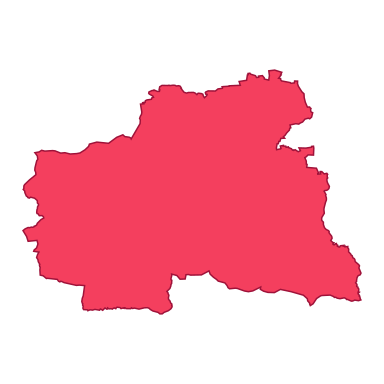 outline of Cahir Lea-4, South Tipperary, Ireland
{"feature_id": "5873133B92286849050160", "entity_name": "Cahir Lea-4", "entity_type": "district", "adm_level": 2, "iso_a3": "IRL", "parent_name": "Ireland", "parent_adm1": "South Tipperary", "projection": "equal_earth", "projection_center": [-7.943, 52.328], "detail": "fine", "context": "isolated", "style": "filled", "palette": "rose", "viewbox_px": 384, "rotation_deg": 0, "n_neighbors": 0, "source": "geoboundaries", "source_scale": "gbopen_adm2", "svg_char_len": 5919}
<svg xmlns="http://www.w3.org/2000/svg" viewBox="0 0 384 384"><path d="M34.9,152.7L37.3,155.9L37.8,159.3L36.7,160.8L35.0,167.7L34.8,170.2L35.7,172.3L35.9,174.7L29.5,179.9L24.6,184.6L23.9,185.9L23.8,188.6L23.2,189.4L24.7,191.0L24.9,192.7L26.3,196.0L27.6,196.9L27.9,197.6L29.3,198.1L30.7,197.2L34.6,198.2L37.3,200.6L37.4,203.0L38.4,204.0L38.5,205.1L37.5,206.9L37.4,208.8L37.0,209.5L36.7,212.3L37.0,213.5L37.9,213.7L39.3,215.7L42.1,215.6L43.4,216.7L43.8,218.0L41.1,219.5L37.3,223.3L36.6,225.1L34.8,226.2L34.3,226.1L34.0,226.8L32.6,227.3L31.4,227.1L29.4,227.7L28.1,227.5L25.1,228.9L23.0,230.6L26.6,236.5L28.1,241.3L37.0,240.4L37.9,243.8L37.6,245.0L36.5,248.0L34.2,249.9L33.7,251.3L38.9,252.1L37.5,254.7L36.6,257.6L37.9,259.5L38.3,261.8L39.8,264.3L39.4,264.9L39.8,266.8L40.2,267.2L39.9,269.8L40.2,275.1L43.2,275.8L46.4,278.5L47.5,278.3L57.3,279.4L58.5,281.2L59.9,281.9L60.6,281.3L61.8,281.5L64.0,282.6L76.5,285.4L79.2,285.1L84.6,285.6L83.2,295.9L82.3,298.2L81.8,301.4L82.2,303.1L82.7,303.5L82.6,305.2L83.2,306.1L82.9,308.2L83.6,309.6L87.1,309.8L87.7,310.0L87.9,310.7L90.0,309.8L92.6,310.1L94.9,309.4L99.6,310.2L100.1,309.2L100.6,309.0L102.7,310.3L105.0,308.0L106.6,309.1L107.2,309.1L107.6,307.9L108.9,308.9L111.0,308.7L112.4,309.1L113.3,308.3L114.4,308.0L115.8,308.7L116.4,307.6L117.1,307.2L120.1,307.6L121.0,308.6L123.0,308.0L124.8,308.6L124.0,307.8L124.4,307.7L125.3,307.9L126.0,308.6L130.4,308.7L130.9,308.6L131.4,307.8L132.6,308.5L134.4,308.1L139.0,309.1L144.5,307.8L147.5,307.7L149.2,308.3L150.2,309.4L152.9,311.0L158.1,312.4L159.9,313.9L162.4,313.8L164.0,312.4L168.4,310.7L171.0,308.7L172.0,307.0L172.1,305.9L171.7,305.6L171.9,304.1L170.7,303.0L169.9,300.8L168.6,299.4L168.4,297.9L168.9,295.2L168.1,293.7L168.0,292.8L166.9,291.4L169.9,288.5L170.9,285.8L170.9,284.6L171.6,283.6L171.8,280.4L171.5,280.4L170.9,279.0L171.8,275.4L171.6,274.1L176.9,275.5L180.0,279.2L185.2,279.0L186.0,274.7L188.4,274.5L190.6,275.1L201.4,274.9L209.0,270.9L210.2,274.2L213.4,277.2L216.5,279.4L218.2,281.1L224.9,282.9L227.1,285.6L228.0,287.6L229.5,288.8L235.2,288.2L237.2,288.4L244.5,291.0L248.4,291.7L252.8,290.9L260.7,287.0L260.3,289.3L263.6,291.2L267.9,292.4L274.4,292.6L280.4,289.4L291.2,291.7L303.4,295.2L307.3,298.7L307.7,300.9L309.8,303.3L309.6,303.9L310.3,305.6L313.1,303.8L316.6,298.5L320.7,295.8L322.1,295.5L330.2,295.1L333.7,296.6L334.3,297.4L335.9,297.3L337.0,298.1L340.0,298.7L344.3,297.8L345.9,298.6L346.6,299.5L347.4,299.4L351.3,301.1L352.7,301.0L354.8,300.1L358.5,300.7L360.9,299.9L360.2,298.6L359.9,296.8L359.2,296.1L359.5,295.5L358.1,293.8L358.2,293.2L359.3,292.2L358.2,291.9L358.6,291.4L358.8,289.0L357.9,287.9L358.0,287.2L356.7,286.5L356.7,285.6L357.0,285.4L356.9,284.3L355.6,282.8L356.7,281.1L356.5,280.6L357.0,277.8L357.7,276.3L358.3,275.6L360.2,274.8L361.0,273.1L358.9,268.0L359.5,265.8L358.7,264.6L355.2,261.6L354.8,259.4L354.1,258.5L352.9,257.8L352.1,255.6L351.2,255.1L350.7,254.0L348.6,251.8L348.7,249.1L347.7,247.5L347.8,246.5L345.1,246.8L345.0,246.1L344.2,246.4L343.1,246.0L343.6,245.4L340.7,245.7L340.1,246.0L339.9,246.8L339.2,247.1L337.4,246.3L337.8,245.3L336.5,244.5L336.4,243.5L335.5,243.7L334.2,244.8L333.3,244.6L332.9,244.0L333.8,242.7L333.0,242.6L330.8,240.6L332.1,238.2L331.7,236.3L329.0,232.7L329.2,231.7L328.6,230.7L326.1,229.4L324.5,227.7L323.4,224.5L323.4,222.2L321.7,220.3L321.7,217.7L324.3,213.3L323.9,209.6L324.1,207.9L325.5,202.4L326.4,200.0L326.4,197.9L325.6,195.5L326.0,194.6L324.1,191.2L324.6,190.6L326.8,190.3L327.8,189.7L328.9,188.6L329.4,186.4L327.6,183.0L327.0,181.1L326.9,178.9L327.6,178.1L327.3,178.0L327.2,174.6L327.6,174.3L326.8,173.3L324.2,173.9L321.8,171.6L320.1,171.5L320.0,172.0L320.8,172.2L320.4,173.4L320.6,173.9L317.8,174.2L317.7,173.5L318.5,172.8L316.4,168.2L306.7,167.4L307.1,164.4L306.3,164.1L306.3,161.1L304.8,157.6L306.1,156.9L308.1,154.9L313.5,155.1L313.8,148.1L313.5,146.2L311.6,146.4L311.6,147.2L305.9,148.1L299.0,147.9L300.4,150.7L298.2,151.7L295.1,149.7L293.8,150.4L293.4,149.9L292.5,150.1L291.4,148.7L288.3,147.5L288.3,146.9L286.1,147.3L285.8,146.2L283.2,146.1L283.3,145.4L280.3,146.0L281.0,148.5L280.7,148.8L276.6,149.7L276.4,147.9L277.1,143.8L278.3,143.7L278.8,141.4L279.9,141.4L280.8,138.4L284.6,138.2L283.4,136.8L285.0,135.4L286.8,132.8L289.4,130.1L289.7,128.3L290.8,127.8L290.0,125.0L295.8,123.7L298.8,124.1L300.3,123.0L302.6,122.0L305.0,119.1L308.3,118.2L309.7,118.8L311.6,117.1L312.7,112.7L311.3,112.1L310.8,111.4L310.6,109.5L311.0,108.5L309.9,107.6L309.6,107.0L307.4,107.1L305.3,102.2L304.2,97.6L304.0,93.8L301.8,91.7L298.4,86.3L297.5,83.7L297.6,81.1L294.6,81.0L294.4,82.9L290.9,83.3L290.3,82.6L281.5,80.9L280.8,80.0L280.6,78.6L278.6,78.3L281.1,75.0L280.6,74.8L281.8,72.3L274.7,70.1L268.8,70.8L269.4,75.7L268.7,80.1L264.3,79.0L264.3,77.9L262.4,75.6L258.5,76.1L258.7,77.3L256.5,77.5L255.5,75.7L250.5,74.1L249.9,73.2L248.0,73.5L248.2,74.7L247.4,74.9L246.6,80.3L239.1,81.5L240.3,85.3L229.2,85.8L229.2,86.2L223.0,86.6L222.1,86.8L222.5,87.4L222.4,88.3L218.0,88.9L215.4,91.0L208.1,90.9L205.7,92.0L205.3,92.6L205.8,94.2L207.1,94.4L207.0,95.0L206.2,96.2L204.4,97.7L203.2,95.6L202.9,94.3L201.6,93.6L198.6,93.2L198.0,93.3L196.9,94.6L195.2,93.1L193.5,92.4L188.2,92.5L186.7,93.1L184.1,92.3L181.6,89.2L181.4,88.2L180.9,88.2L180.9,87.4L180.3,86.3L178.8,85.7L176.3,86.0L175.0,85.3L173.0,85.2L169.8,85.6L169.0,85.2L168.2,85.5L162.0,85.4L159.7,86.8L159.1,89.7L159.8,89.9L159.4,91.4L157.3,91.4L154.1,90.0L154.0,90.5L152.1,90.5L149.0,91.9L148.7,93.2L149.2,94.0L152.9,96.1L153.5,97.3L152.0,97.7L151.4,99.3L147.0,99.9L145.4,100.7L145.1,102.4L144.1,102.3L142.6,102.7L142.7,103.6L144.7,103.7L140.5,104.1L141.8,112.1L141.5,114.3L140.4,116.2L139.6,118.5L140.3,119.8L140.1,123.6L131.2,138.9L130.9,138.1L129.2,137.2L124.8,136.6L122.9,134.8L116.7,137.3L108.6,143.3L96.8,142.1L89.4,144.1L88.6,146.4L85.0,149.8L79.9,153.0L76.6,153.6L70.2,154.0L64.9,152.7L60.7,153.1L55.1,150.9L52.7,150.6L44.8,151.1L41.6,150.3L39.2,151.9L34.9,152.7Z" fill="#f43f5e" stroke="#9f1239" stroke-width="1.5"/></svg>